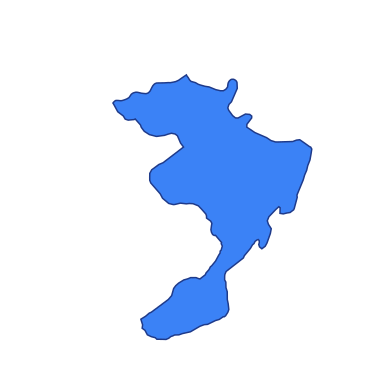 outline of Ixchiguán, San Marcos, Guatemala, rotated 53°
{"feature_id": "79465075B80517752911806", "entity_name": "Ixchiguán", "entity_type": "district", "adm_level": 2, "iso_a3": "GTM", "parent_name": "Guatemala", "parent_adm1": "San Marcos", "projection": "equal_earth", "projection_center": [-91.922, 15.132], "detail": "fine", "context": "isolated", "style": "filled", "palette": "blue", "viewbox_px": 384, "rotation_deg": 53, "n_neighbors": 0, "source": "geoboundaries", "source_scale": "gbopen_adm2", "svg_char_len": 3087}
<svg xmlns="http://www.w3.org/2000/svg" viewBox="0 0 384 384"><g transform="rotate(53 192 192)"><path d="M294.8,298.7L294.7,295.9L295.4,293.8L295.7,292.0L298.2,288.4L299.3,284.9L302.7,277.4L304.0,266.5L305.3,262.1L307.1,259.2L308.8,250.6L310.2,246.9L310.4,242.1L311.0,241.5L311.1,239.7L309.7,235.9L308.0,233.3L303.1,230.4L299.1,228.5L292.9,223.9L288.8,222.4L284.3,219.2L281.8,218.8L279.3,216.9L277.7,215.5L276.0,212.6L275.6,190.6L274.4,188.6L272.2,179.3L270.6,175.5L270.5,173.5L269.4,171.4L269.4,169.0L269.8,167.7L271.3,167.6L273.0,168.8L274.1,170.3L276.5,171.1L279.4,170.4L279.4,166.2L277.9,162.9L275.8,159.7L272.3,154.4L269.0,150.8L263.8,150.4L260.3,149.2L258.0,145.4L256.4,135.6L256.0,131.5L257.6,131.1L262.0,134.6L264.4,132.3L265.9,128.8L267.4,126.0L267.4,121.6L266.8,120.4L259.6,111.2L257.6,110.0L249.4,96.1L248.6,95.0L246.2,91.8L243.7,87.4L240.6,83.7L237.4,78.5L233.4,74.2L229.8,70.5L227.6,70.2L226.3,70.9L220.5,72.7L215.1,74.5L213.4,77.4L212.3,81.2L203.6,93.5L202.3,95.2L198.4,98.0L193.5,99.7L182.4,106.0L173.2,109.2L171.0,107.5L168.8,99.8L167.3,98.6L164.8,99.2L161.9,102.4L160.6,110.7L159.0,112.7L155.4,113.6L148.8,113.5L146.4,112.8L144.3,109.8L143.7,106.2L136.5,93.5L131.7,90.2L130.7,89.9L129.5,89.9L128.7,90.1L127.2,90.8L126.6,91.4L125.7,92.8L125.6,93.8L125.8,95.5L126.4,97.0L127.2,98.1L129.6,100.5L130.3,103.2L130.0,106.0L128.3,108.3L124.6,111.4L118.4,115.1L115.4,118.0L111.5,121.0L109.5,122.3L106.8,123.4L104.8,124.9L103.1,126.2L101.0,126.5L98.6,126.2L96.2,126.2L95.1,126.0L94.8,131.8L94.7,135.5L94.0,138.6L93.0,140.8L91.6,143.6L90.5,144.9L88.2,148.4L85.3,152.4L83.7,154.6L83.2,156.2L83.2,157.5L83.6,159.4L84.4,161.2L86.1,164.6L86.5,166.6L86.5,167.5L86.0,169.1L85.5,169.9L84.3,171.2L82.7,172.9L80.5,174.7L79.3,175.8L78.4,177.0L77.7,178.7L77.4,180.0L77.4,181.7L78.2,184.0L78.7,185.5L78.4,188.2L77.8,190.3L77.1,192.3L76.6,193.4L75.8,194.5L74.6,195.7L73.5,197.1L73.0,197.9L72.9,198.9L73.1,200.7L73.4,201.6L75.2,201.8L83.3,203.0L89.9,201.1L93.6,201.5L96.2,199.7L97.9,196.9L99.3,194.7L99.5,193.4L102.3,193.2L107.4,192.8L109.9,193.6L114.8,193.6L120.5,191.5L125.8,187.3L126.4,186.7L127.1,185.4L129.5,181.1L130.2,179.9L131.5,176.0L132.7,173.1L135.5,170.6L138.3,169.8L146.1,171.7L151.0,171.7L151.2,197.5L150.1,201.9L150.0,210.8L151.7,214.5L154.9,217.0L157.2,218.7L160.0,219.5L174.4,218.5L179.3,219.3L187.1,217.5L190.7,214.6L191.5,213.5L193.9,208.0L198.0,203.7L199.6,201.0L202.0,198.2L206.9,195.2L212.4,194.6L218.0,194.2L219.8,194.8L221.6,196.1L226.5,194.6L229.0,195.0L230.2,196.3L233.5,199.6L235.9,200.7L238.4,201.1L240.1,200.4L240.8,199.3L250.1,198.8L250.9,199.8L253.4,200.3L256.1,203.9L256.1,205.0L257.7,206.4L258.4,208.4L261.3,214.7L262.8,220.8L262.8,222.3L264.2,225.1L265.1,229.5L266.1,231.2L266.2,238.0L264.8,239.1L262.8,240.3L260.4,243.5L259.6,244.5L258.8,247.6L258.0,249.7L257.3,251.4L256.7,257.5L257.0,261.3L258.0,264.7L262.5,270.6L263.6,275.6L263.5,296.9L263.0,299.0L263.3,303.9L262.8,309.4L268.4,311.4L270.8,313.8L274.2,312.8L279.2,313.6L283.0,311.6L286.3,309.0L288.4,308.7L292.4,303.6L294.1,301.5L294.8,298.7Z" fill="#3b82f6" stroke="#1e3a8a" stroke-width="1.5"/></g></svg>